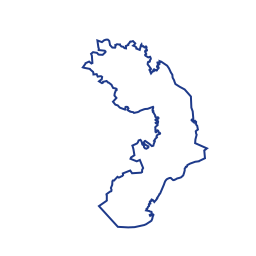 Zaki, Bauchi, Nigeria (Natural Earth projection), rotated 144°
{"feature_id": "59680162B26282391091652", "entity_name": "Zaki", "entity_type": "district", "adm_level": 2, "iso_a3": "NGA", "parent_name": "Nigeria", "parent_adm1": "Bauchi", "projection": "natural_earth1", "projection_center": [10.356, 12.194], "detail": "fine", "context": "isolated", "style": "outline", "palette": "blue", "viewbox_px": 256, "rotation_deg": 144, "n_neighbors": 0, "source": "geoboundaries", "source_scale": "gbopen_adm2", "svg_char_len": 5723}
<svg xmlns="http://www.w3.org/2000/svg" viewBox="0 0 256 256"><g transform="rotate(144 128 128)"><path d="M63.1,163.5L63.3,163.1L63.7,162.7L63.6,162.2L63.9,162.1L64.2,162.1L64.2,162.4L64.2,162.9L65.7,163.7L65.9,163.5L65.8,162.0L65.1,161.5L65.2,161.1L65.5,161.1L66.5,161.5L67.2,161.4L67.3,160.8L67.5,160.8L67.7,161.0L68.5,160.6L68.6,160.4L68.4,160.1L67.8,160.4L67.6,160.1L67.6,159.0L67.9,158.5L69.2,158.2L70.8,158.2L70.9,157.7L71.2,157.8L71.3,158.4L71.6,158.8L72.3,158.8L72.5,158.8L72.6,159.3L72.3,159.8L72.4,160.2L73.1,160.2L73.8,159.7L73.8,159.3L74.1,158.9L75.1,159.3L77.3,158.6L77.0,160.2L76.5,161.2L76.6,162.1L76.3,162.6L75.7,162.5L75.0,162.1L74.6,162.5L74.6,166.4L74.7,167.3L74.6,168.1L73.2,169.5L72.5,169.6L71.8,168.9L71.3,168.9L70.2,170.0L68.9,170.5L68.6,171.1L68.3,172.2L68.3,172.7L70.1,173.2L71.3,176.1L71.4,176.6L71.2,177.1L70.9,177.2L69.8,177.1L69.6,177.4L69.5,178.0L69.5,179.0L69.1,180.0L68.5,180.4L68.1,180.4L67.8,180.1L67.6,179.6L67.1,179.6L66.8,180.0L66.8,180.5L66.3,182.0L65.6,182.3L65.4,183.0L65.5,183.4L66.7,183.2L67.1,183.3L67.4,183.7L67.4,184.8L67.5,185.2L68.5,185.7L68.6,186.4L68.0,187.7L68.7,187.5L72.6,184.3L74.6,187.4L73.9,188.2L74.2,189.6L75.4,191.6L73.9,191.7L72.4,192.2L72.9,195.4L74.7,196.0L75.1,196.5L75.5,196.6L76.9,196.0L78.7,195.6L79.0,195.0L81.5,195.6L82.8,193.6L83.9,194.7L84.2,196.6L85.4,197.8L85.7,199.8L85.4,200.3L86.5,201.1L87.4,202.0L88.1,202.4L89.1,202.1L89.5,202.5L90.6,200.9L91.3,200.6L93.4,202.3L93.8,205.6L92.0,209.5L92.4,211.4L93.2,211.9L93.6,212.3L95.7,213.0L98.6,212.8L101.3,216.8L104.6,210.6L104.8,209.6L105.9,208.3L101.4,204.2L101.2,203.1L101.7,202.6L105.5,202.1L107.9,204.0L108.7,204.8L108.9,207.0L111.7,209.9L114.3,209.7L114.7,207.8L118.6,201.5L119.7,201.7L120.4,204.6L124.3,205.4L124.7,205.0L128.9,203.6L128.2,202.6L124.1,198.2L124.2,197.8L123.3,193.9L123.4,193.4L124.5,191.6L121.7,190.0L122.3,187.4L120.0,186.2L119.2,185.5L118.9,184.5L120.7,182.8L121.4,182.9L124.0,182.8L122.7,179.6L121.7,179.4L121.0,180.0L117.7,178.6L117.4,176.5L117.0,176.2L115.9,172.6L116.1,172.2L116.5,169.1L114.6,167.1L114.3,166.1L115.0,165.3L115.9,165.5L118.3,163.9L119.4,162.8L119.9,162.2L119.7,159.1L124.7,158.1L124.5,154.3L123.0,152.3L122.7,149.6L122.4,148.9L119.6,144.7L118.5,145.5L117.8,146.4L117.1,146.3L116.0,145.3L116.1,143.6L117.8,143.1L117.4,141.5L116.8,140.9L116.6,140.5L116.7,140.0L114.4,137.6L114.3,136.7L110.7,135.1L109.0,134.8L108.3,134.9L104.0,133.7L102.8,133.2L100.9,132.0L99.2,131.5L97.6,131.1L95.3,130.4L95.3,130.1L96.0,129.3L96.6,128.8L97.3,128.5L97.6,128.1L97.8,127.8L97.7,127.5L97.5,127.2L97.5,126.8L98.3,126.7L98.5,126.4L98.3,124.6L98.5,124.0L98.6,122.5L98.7,121.9L99.2,121.4L99.3,120.9L99.3,120.5L98.9,119.9L98.4,119.7L97.5,119.1L97.4,118.6L97.4,118.2L97.7,117.9L98.3,118.0L98.8,117.7L99.4,118.0L100.0,118.4L100.5,118.6L100.9,118.6L101.1,118.4L101.0,117.8L100.5,116.9L100.0,116.5L99.7,115.9L99.9,115.4L100.4,114.9L100.8,114.6L101.2,115.0L101.5,115.5L101.8,115.7L102.6,115.9L102.7,115.6L102.6,115.3L102.0,114.3L102.1,113.6L102.2,113.0L102.6,112.9L104.5,112.8L105.5,112.6L106.1,111.5L106.9,110.5L107.2,109.8L108.0,108.8L107.9,108.1L107.6,108.0L106.1,109.0L105.7,109.0L105.4,108.6L105.2,108.1L105.3,107.6L105.7,106.6L105.5,105.9L105.2,105.6L105.1,105.0L105.3,104.6L105.6,104.5L107.9,105.2L108.2,105.2L109.2,104.8L109.8,104.6L110.0,104.1L110.0,103.5L110.9,103.3L111.8,103.3L114.5,102.3L114.1,101.5L116.5,100.0L117.9,98.8L119.3,99.3L120.0,102.5L121.7,107.5L122.1,107.6L123.6,107.1L124.2,106.4L123.7,104.0L122.3,101.1L123.0,100.3L125.2,100.4L126.1,101.4L126.2,101.7L126.3,103.0L125.6,104.4L125.8,105.6L126.1,106.2L125.1,108.7L124.9,110.0L124.9,111.1L126.7,111.7L128.4,110.6L129.8,110.2L134.8,111.2L135.1,110.2L136.0,107.8L138.8,102.2L142.9,102.4L144.1,101.6L140.5,95.9L137.2,95.2L139.3,86.7L141.1,85.9L142.5,84.1L143.7,84.2L151.3,89.0L151.2,92.3L158.9,94.3L159.6,92.8L160.8,92.5L162.0,92.8L163.6,93.0L164.6,93.3L165.2,94.7L170.2,93.7L170.9,94.4L171.9,94.1L174.2,91.3L177.1,89.5L177.7,87.6L178.7,86.7L180.0,87.1L184.3,87.1L184.7,86.6L184.7,86.0L187.5,82.2L187.7,81.8L188.2,81.7L197.4,81.9L194.3,54.0L186.3,47.5L180.9,43.9L172.0,40.0L169.9,39.5L163.6,39.2L161.7,40.3L160.0,41.9L159.8,42.4L159.3,42.2L159.1,42.3L158.4,42.9L158.5,43.4L159.2,43.8L160.6,44.0L160.9,43.8L161.7,43.9L161.6,44.6L161.5,44.9L159.7,44.6L159.3,44.7L158.8,45.1L158.3,46.4L159.5,47.8L159.6,48.3L161.7,50.6L161.0,50.8L161.1,51.1L160.8,51.6L160.2,51.7L159.8,51.5L159.4,51.6L158.3,52.4L157.6,52.5L156.8,52.5L156.4,52.9L156.2,53.8L155.6,54.2L155.0,54.3L154.8,54.1L154.7,53.8L154.5,53.7L154.3,53.7L154.1,54.0L153.9,55.3L153.7,55.6L153.4,55.7L152.0,55.3L151.9,55.6L151.3,56.2L150.9,56.3L150.2,54.9L150.3,54.3L150.1,53.8L150.2,52.7L146.7,53.5L145.5,54.0L145.6,54.3L142.3,55.5L141.5,56.1L140.7,56.0L132.2,61.1L130.2,62.5L128.7,63.3L127.1,63.7L126.1,63.7L123.9,63.2L122.9,62.6L122.6,62.0L122.6,61.4L122.1,59.3L121.3,58.8L120.8,58.8L120.1,58.5L117.9,58.3L115.4,57.3L114.0,56.9L111.2,57.2L109.2,58.6L107.1,60.3L105.9,61.9L104.7,62.1L104.1,62.6L103.7,62.2L102.9,62.2L101.8,63.1L98.7,62.7L93.5,61.2L90.2,59.4L90.0,59.5L83.5,58.3L79.5,65.0L76.1,65.1L82.6,76.3L80.1,79.2L76.4,82.2L76.2,83.4L75.1,85.5L74.1,85.7L72.6,85.6L72.3,85.7L72.2,86.0L70.7,89.2L70.9,90.4L70.8,90.8L70.1,92.0L69.3,92.9L69.4,93.4L69.9,93.7L69.8,94.1L69.6,94.4L69.6,94.6L69.8,94.7L70.0,94.6L70.2,94.3L70.4,94.2L70.7,94.1L71.0,94.3L71.2,93.9L71.3,93.8L71.4,94.7L70.8,95.5L71.2,95.8L71.4,95.7L71.6,95.2L71.8,95.2L71.9,95.3L71.8,96.1L71.7,96.5L72.0,96.9L71.9,97.1L71.4,97.3L71.0,97.2L70.7,96.8L70.3,96.7L69.6,97.3L65.9,103.4L64.8,107.2L58.6,116.5L59.5,125.9L61.9,130.9L63.8,135.7L63.0,138.7L62.7,139.3L62.3,142.5L60.8,145.1L60.7,147.6L59.8,152.1L59.7,155.4L62.0,161.8L62.4,162.6L62.8,163.0L63.1,163.5Z" fill="none" stroke="#1e3a8a" stroke-width="2"/></g></svg>